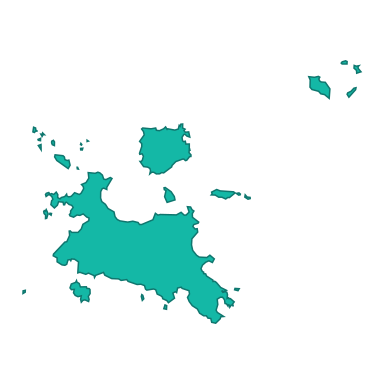 the district of Ukerewe, Mwanza, United Republic of Tanzania
{"feature_id": "72390352B65036310172855", "entity_name": "Ukerewe", "entity_type": "district", "adm_level": 2, "iso_a3": "TZA", "parent_name": "United Republic of Tanzania", "parent_adm1": "Mwanza", "projection": "mercator", "projection_center": [33.011, -1.921], "detail": "fine", "context": "isolated", "style": "filled", "palette": "teal", "viewbox_px": 384, "rotation_deg": 0, "n_neighbors": 0, "source": "geoboundaries", "source_scale": "gbopen_adm2", "svg_char_len": 5911}
<svg xmlns="http://www.w3.org/2000/svg" viewBox="0 0 384 384"><path d="M95.2,173.3L88.2,172.6L88.8,178.2L86.0,182.6L81.5,184.5L83.3,186.6L83.6,188.8L81.2,193.1L79.3,194.5L74.6,192.7L71.3,196.3L68.8,196.9L67.0,196.1L66.6,194.2L64.7,196.6L61.3,197.5L60.0,198.9L57.7,197.6L57.8,194.6L56.2,192.1L53.8,194.4L51.4,193.6L50.1,194.4L48.8,192.5L46.3,193.3L45.5,194.5L46.1,196.5L49.0,194.4L51.8,196.5L52.9,199.3L51.6,200.8L50.9,204.7L54.4,208.0L57.4,205.2L58.6,201.7L63.1,202.2L63.6,204.8L64.6,204.8L65.4,202.5L66.5,202.2L69.1,204.5L71.7,205.3L73.2,207.4L70.6,211.0L70.6,213.2L69.4,214.6L70.0,215.9L73.6,217.2L77.0,215.0L79.9,215.4L83.2,213.9L86.8,217.1L89.0,218.0L88.8,220.7L82.9,224.3L81.3,228.9L78.1,232.4L71.7,232.4L70.2,230.9L69.2,231.1L69.6,235.4L66.8,241.7L64.8,242.1L53.5,254.1L53.2,255.8L57.1,257.9L57.1,261.8L62.0,264.9L64.9,265.3L66.7,264.3L68.0,259.9L70.1,259.6L70.8,260.7L71.5,259.0L74.5,259.2L78.5,261.9L77.8,272.9L79.9,272.3L85.8,274.3L88.4,273.1L94.1,275.6L94.5,277.5L95.7,275.3L103.5,272.4L104.8,275.2L111.7,278.6L118.6,278.9L121.1,280.4L126.7,279.6L128.1,281.4L137.1,284.5L140.9,284.2L144.5,285.6L145.5,289.1L146.8,290.1L153.5,289.0L155.7,289.7L157.2,294.1L160.7,295.7L162.4,297.1L162.7,298.7L166.9,300.6L168.4,302.7L174.5,298.2L172.9,293.1L175.3,291.7L176.6,292.6L177.6,288.0L181.2,287.2L182.1,288.4L189.0,290.7L189.5,294.0L187.5,297.4L189.2,301.5L192.3,305.7L197.4,309.0L199.6,313.2L203.7,315.8L206.4,315.8L207.9,318.1L210.8,318.5L211.7,322.3L215.7,323.2L220.2,318.8L220.8,316.8L223.7,316.5L217.3,312.4L216.1,310.2L217.8,304.5L217.2,299.2L220.2,297.3L222.5,297.2L224.5,299.8L225.0,303.5L226.5,303.9L228.0,306.1L228.3,304.8L229.5,305.2L229.8,307.2L231.3,305.1L232.3,305.0L233.3,306.4L232.7,303.9L234.2,301.9L230.4,298.6L228.9,298.7L228.6,297.8L227.1,298.5L227.5,294.7L226.8,292.2L225.0,291.7L222.9,292.4L221.6,290.6L223.6,291.6L226.4,290.3L220.7,287.5L216.4,282.5L214.7,281.3L213.0,281.5L212.9,280.1L206.5,276.0L205.7,273.9L203.6,273.6L203.7,272.2L202.3,271.4L201.0,268.7L202.5,265.1L205.8,262.2L208.9,260.8L212.4,262.5L214.3,258.9L209.9,255.2L206.9,257.5L199.3,257.1L196.6,255.3L192.7,250.4L191.5,244.9L191.9,238.8L197.7,232.1L197.2,228.7L195.1,229.0L192.9,226.6L193.7,224.6L198.1,223.2L198.7,222.1L192.5,217.3L192.3,213.7L193.9,211.0L192.0,209.7L190.6,207.0L187.4,206.7L189.1,212.1L186.2,215.0L184.3,215.2L181.1,212.3L176.4,214.9L160.3,214.5L157.9,215.1L155.4,213.3L152.9,219.8L141.7,224.5L139.5,224.5L138.1,222.5L132.8,221.2L127.7,222.1L120.0,220.9L117.2,219.5L115.0,216.6L114.0,211.9L108.0,208.5L105.4,204.3L101.8,201.6L100.6,198.1L100.7,191.7L102.2,188.7L103.7,188.1L106.8,189.5L106.8,187.3L112.0,178.5L110.3,177.5L106.0,179.6L103.7,179.1L102.4,175.1L99.9,172.9L97.9,172.2L95.2,173.3ZM182.7,124.0L180.8,124.2L180.2,126.3L179.2,125.3L178.3,129.0L174.9,130.1L167.7,128.8L167.1,129.4L165.6,126.9L163.6,128.8L159.4,130.7L156.4,130.3L155.7,128.0L151.0,128.8L142.7,128.0L141.6,129.0L143.5,131.6L144.2,134.9L139.6,141.4L141.7,143.6L141.8,146.4L139.5,153.3L139.8,154.3L142.1,153.8L143.4,156.2L142.3,160.2L141.3,161.4L140.0,161.4L143.6,166.6L147.6,167.1L149.9,168.4L150.5,170.7L149.8,173.9L151.8,172.2L153.8,172.3L156.3,173.9L159.7,173.8L161.6,172.6L163.7,172.9L171.7,166.9L172.0,165.5L175.8,161.6L182.6,159.1L183.9,159.1L185.4,160.6L186.7,160.3L189.6,156.6L190.9,156.5L191.0,154.9L189.0,152.6L189.2,150.4L189.9,150.3L189.5,149.4L190.4,149.3L189.3,149.0L189.3,144.0L185.9,144.1L185.3,141.2L183.6,141.6L182.6,140.8L182.0,137.4L183.8,134.5L184.9,134.2L186.9,136.1L189.8,137.1L188.7,131.9L185.3,132.2L183.9,130.6L185.1,129.2L182.6,128.0L182.7,124.0ZM319.8,77.2L318.4,76.4L314.5,77.3L308.8,76.7L310.2,79.9L310.0,87.2L311.9,89.5L318.6,91.3L320.8,93.8L324.6,94.6L329.2,98.4L329.9,88.9L325.3,82.3L321.2,82.0L319.7,81.0L318.8,79.0L319.8,77.2ZM79.2,283.5L76.9,282.1L76.5,280.6L75.6,282.4L71.3,284.0L70.0,287.9L71.4,289.7L74.3,289.4L73.5,292.8L75.2,295.4L78.0,296.7L81.3,295.8L80.6,299.4L81.3,302.2L83.0,300.3L85.0,299.9L88.6,301.5L89.1,299.4L88.3,296.4L90.1,293.6L90.0,289.6L89.2,288.6L86.9,288.4L86.4,286.8L80.4,286.9L79.2,283.5ZM216.7,189.5L211.6,192.1L212.1,194.0L211.3,194.9L215.3,195.1L218.7,197.2L221.9,197.2L225.7,199.0L227.8,197.5L229.4,197.6L235.1,192.9L233.5,191.8L220.2,190.9L216.7,189.5ZM63.0,155.7L55.1,154.8L54.6,156.9L56.8,160.5L68.2,168.6L70.1,165.2L68.9,160.1L67.2,160.5L64.9,159.6L64.4,157.0L63.0,155.7ZM175.0,199.9L174.3,196.5L171.1,191.7L165.2,187.5L164.0,187.8L164.3,189.7L166.0,190.6L164.6,196.7L167.1,202.4L175.0,199.9ZM348.9,97.2L355.6,89.7L356.0,87.7L353.9,88.2L351.0,91.3L347.7,92.9L347.1,94.3L348.9,97.2ZM359.0,65.7L356.3,66.2L354.2,65.4L354.0,68.2L356.5,70.4L356.7,73.2L361.0,71.8L358.3,68.6L358.0,66.8L359.0,65.7ZM48.1,213.7L46.2,209.5L45.3,211.1L44.3,210.6L43.7,211.5L44.1,213.6L45.6,215.1L45.5,218.6L46.7,218.3L48.1,213.7ZM347.0,64.0L347.1,61.5L345.6,60.8L342.2,61.8L341.2,63.1L342.1,64.0L347.0,64.0ZM33.6,127.2L32.9,131.9L34.4,132.5L35.8,131.0L37.5,131.3L35.8,130.0L35.6,128.0L33.6,127.2ZM54.4,145.6L54.5,141.9L53.4,140.3L51.7,141.2L51.6,142.9L52.3,144.7L54.4,145.6ZM247.1,197.0L245.2,194.8L244.8,197.1L248.0,199.2L250.2,198.6L250.1,197.4L247.1,197.0ZM142.8,295.3L141.8,294.6L141.3,296.5L142.3,300.4L143.8,298.8L142.8,295.3ZM166.5,309.3L166.7,305.6L165.0,304.9L163.8,308.7L166.5,309.3ZM41.1,149.8L41.0,144.5L38.3,145.5L41.1,149.8ZM44.4,134.7L42.6,132.9L42.3,134.2L40.8,134.1L42.1,136.4L43.2,134.6L44.4,134.7ZM239.2,288.7L235.0,288.4L234.6,289.8L238.0,290.7L239.2,288.7ZM240.1,194.9L240.4,194.1L239.0,192.9L236.3,193.4L238.6,195.1L240.1,194.9ZM25.3,290.3L23.1,290.8L23.0,293.5L25.2,292.2L25.3,290.3ZM40.6,138.3L38.0,139.4L38.3,140.3L40.5,140.7L40.6,138.3ZM82.3,150.0L82.8,148.2L80.6,148.4L80.7,149.9L82.3,150.0ZM50.0,213.2L49.6,214.2L51.1,215.2L51.5,213.5L50.0,213.2ZM78.4,169.1L77.6,167.3L77.1,167.3L77.3,168.9L78.4,169.1ZM81.5,145.1L81.8,144.5L80.9,143.4L80.5,144.6L81.5,145.1ZM87.1,141.5L88.4,141.1L87.1,140.2L87.1,141.5Z" fill="#14b8a6" stroke="#0f766e" stroke-width="1.5"/></svg>